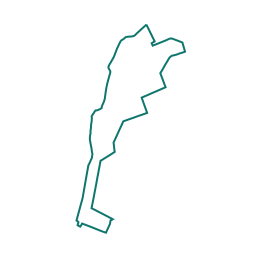 Kupravas pag., Vilakas, Latvia (Mercator projection), rotated 341°
{"feature_id": "27541924B19263065695150", "entity_name": "Kupravas pag.", "entity_type": "district", "adm_level": 2, "iso_a3": "LVA", "parent_name": "Latvia", "parent_adm1": "Vilakas", "projection": "mercator", "projection_center": [27.487, 57.225], "detail": "fine", "context": "isolated", "style": "outline", "palette": "teal", "viewbox_px": 256, "rotation_deg": 341, "n_neighbors": 0, "source": "geoboundaries", "source_scale": "gbopen_adm2", "svg_char_len": 3188}
<svg xmlns="http://www.w3.org/2000/svg" viewBox="0 0 256 256"><g transform="rotate(341 128 128)"><path d="M78.4,150.3L78.1,150.9L76.6,153.6L69.8,165.8L62.3,179.4L50.4,196.9L49.2,198.7L50.2,200.2L50.5,200.9L48.7,203.5L48.9,203.8L50.7,205.7L51.9,204.9L53.3,203.6L53.4,203.4L53.5,203.4L61.3,209.9L69.0,216.6L71.0,218.2L73.1,219.8L76.4,216.3L79.8,212.8L79.9,212.5L80.1,212.2L81.3,209.8L83.9,209.3L75.9,200.8L67.4,192.0L69.8,187.9L72.2,183.8L75.6,177.8L79.0,171.9L82.3,166.0L85.6,160.2L88.5,155.1L91.4,150.0L91.5,150.0L91.8,150.0L97.9,148.6L104.1,147.2L105.8,146.7L107.6,146.3L108.6,141.7L109.6,137.1L114.5,132.0L119.4,126.8L122.6,123.5L125.7,120.2L130.2,120.1L134.6,120.1L137.4,120.1L140.1,120.0L145.5,120.0L151.0,120.0L150.9,111.8L150.8,103.7L156.7,103.3L162.6,102.8L169.2,102.3L175.7,101.8L176.3,101.7L176.8,101.7L176.6,94.2L176.4,86.7L178.6,84.9L180.3,83.4L182.0,81.9L183.2,80.8L184.4,79.8L187.0,77.6L189.6,75.4L190.0,75.1L190.4,74.8L191.1,74.6L191.7,74.3L191.9,74.2L192.1,74.2L192.7,74.1L193.3,74.0L195.4,74.2L197.5,74.4L199.4,74.4L201.3,74.3L203.7,74.4L206.1,74.5L206.4,74.4L206.8,74.3L207.0,70.2L207.2,66.1L207.3,65.6L207.3,65.2L207.1,64.7L206.8,64.5L206.1,63.9L205.3,63.2L204.8,62.8L204.4,62.4L203.4,61.6L202.4,60.8L201.8,60.3L201.2,59.8L200.5,59.2L199.8,58.6L199.6,58.4L199.3,58.2L199.1,58.0L198.8,57.9L198.6,57.7L198.4,57.6L198.1,57.5L197.8,57.4L197.6,57.3L197.3,57.2L197.2,57.2L196.0,57.1L193.2,57.4L192.0,57.5L184.2,57.9L178.2,58.2L178.1,57.5L178.0,55.5L181.4,54.8L179.1,36.5L179.1,36.3L179.2,36.2L173.3,38.7L166.7,41.6L164.7,42.6L163.8,42.8L163.0,42.9L162.4,42.8L161.1,42.6L159.5,42.2L157.4,41.6L156.8,41.5L156.3,41.4L155.9,41.4L155.5,41.4L154.9,41.6L154.3,41.8L153.1,42.3L152.1,42.6L151.1,42.8L150.2,43.0L149.8,43.2L149.5,43.4L149.1,43.7L148.7,44.1L146.9,45.8L146.4,46.4L145.8,46.9L145.4,47.5L144.9,48.0L144.4,48.5L143.8,49.0L143.5,49.3L143.4,49.5L143.2,49.7L142.6,50.4L141.9,51.2L141.7,51.5L141.4,51.9L141.1,52.2L140.8,52.5L140.0,53.5L139.2,54.5L138.2,55.6L137.2,56.7L134.8,58.8L132.4,60.9L131.2,61.9L130.0,63.0L129.7,63.5L129.3,64.0L129.2,64.4L129.1,64.7L129.1,65.0L129.2,65.6L129.3,66.1L129.6,67.6L129.7,68.3L129.7,68.8L129.5,69.3L129.2,70.0L126.4,74.0L123.0,79.0L120.9,82.5L118.9,86.2L116.8,90.3L115.8,92.4L114.6,94.2L114.4,94.5L114.2,94.7L113.8,95.2L113.5,95.6L111.6,97.6L110.5,98.8L110.3,99.2L110.0,99.6L109.8,100.1L109.6,100.5L109.4,100.6L109.0,100.7L107.3,101.1L106.2,101.1L105.3,101.2L104.7,101.2L104.1,101.1L103.5,101.1L103.3,101.0L103.2,100.9L102.7,101.1L102.4,101.2L102.1,101.3L100.9,102.4L100.4,102.8L100.0,103.1L99.7,103.2L99.3,103.6L98.4,104.3L97.7,104.8L97.5,105.2L97.3,105.6L97.1,106.7L96.7,107.6L96.4,108.5L96.1,109.2L94.4,112.5L94.2,112.8L94.0,113.2L93.0,115.8L92.1,117.6L91.6,118.6L91.4,119.0L91.2,119.7L91.0,120.5L90.9,120.8L89.7,122.7L89.5,123.1L89.1,124.0L88.7,125.1L88.4,125.8L88.2,126.4L88.1,127.0L87.9,128.2L87.7,129.6L87.3,131.9L86.9,135.1L86.7,136.2L86.5,137.1L86.3,137.9L86.1,139.4L86.0,140.4L85.9,140.9L85.7,141.4L85.3,142.3L85.0,142.7L84.7,143.2L84.5,143.5L84.4,143.9L84.2,144.3L84.1,144.5L83.9,144.8L83.2,145.4L82.1,146.6L81.4,147.4L80.4,148.4L79.6,149.3L79.0,149.9L78.6,150.2L78.4,150.3Z" fill="none" stroke="#0f766e" stroke-width="2"/></g></svg>